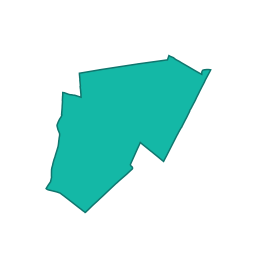 Ciocarlia, Ialomita, Romania, rotated 252°
{"feature_id": "2599482B90086156609266", "entity_name": "Ciocarlia", "entity_type": "district", "adm_level": 2, "iso_a3": "ROU", "parent_name": "Romania", "parent_adm1": "Ialomita", "projection": "natural_earth1", "projection_center": [26.657, 44.793], "detail": "fine", "context": "isolated", "style": "filled", "palette": "teal", "viewbox_px": 256, "rotation_deg": 252, "n_neighbors": 0, "source": "geoboundaries", "source_scale": "gbopen_adm2", "svg_char_len": 3111}
<svg xmlns="http://www.w3.org/2000/svg" viewBox="0 0 256 256"><g transform="rotate(252 128 128)"><path d="M186.0,156.6L186.0,156.4L189.1,137.5L192.2,118.5L192.2,118.3L195.1,98.7L193.7,98.3L192.2,98.0L191.8,97.9L191.3,97.7L190.7,97.7L188.8,97.2L188.4,97.0L186.6,96.6L182.6,95.7L182.5,95.4L182.3,95.3L181.6,95.2L181.0,95.0L179.6,94.8L175.3,93.8L174.7,93.7L173.2,93.2L171.8,92.8L172.7,91.5L175.6,87.5L175.9,86.6L176.3,85.9L176.7,85.2L177.1,84.4L177.4,83.6L178.1,82.3L181.3,78.2L181.9,76.9L180.7,76.5L180.1,76.3L178.5,75.7L178.4,75.6L174.5,74.1L174.0,74.0L173.5,73.9L171.2,73.0L170.0,72.5L169.5,72.3L167.6,71.6L164.2,70.2L162.8,69.6L161.4,69.0L161.2,69.2L160.7,69.1L160.4,68.8L159.8,68.3L159.2,67.7L158.6,67.0L157.5,65.6L155.3,63.5L153.1,61.7L152.6,61.4L152.1,61.2L151.3,61.1L148.2,60.9L147.0,61.0L146.1,61.1L145.5,61.1L144.9,61.2L144.1,61.2L143.4,61.1L142.7,60.9L141.9,60.6L140.6,59.9L139.5,59.3L138.7,59.0L137.6,58.4L135.1,57.3L134.2,56.9L132.2,55.9L130.3,54.6L128.4,53.3L124.9,50.8L123.2,49.7L120.6,47.7L117.2,45.5L115.9,44.8L115.3,44.4L113.7,43.3L112.0,42.4L110.8,42.0L109.7,41.6L106.1,40.4L105.4,40.2L105.0,40.2L103.6,39.4L101.8,38.3L101.0,37.8L100.7,37.6L99.4,35.9L98.5,34.7L97.0,32.9L96.3,32.1L95.7,31.4L95.3,31.6L94.9,31.9L94.5,32.3L94.1,32.7L93.8,33.1L93.4,33.7L92.8,34.7L92.5,35.2L91.9,36.2L91.4,37.0L90.4,38.6L89.6,39.9L88.7,41.2L87.6,42.6L87.1,43.3L86.7,43.6L86.1,44.0L84.1,45.4L83.0,46.2L81.8,47.0L81.3,47.3L80.8,47.7L80.7,47.8L80.2,48.1L72.8,53.1L70.9,54.4L67.9,56.4L65.2,58.3L64.2,58.9L63.0,59.7L62.3,60.3L61.5,60.8L61.0,61.2L60.9,61.2L60.9,61.3L60.9,61.5L61.5,62.6L62.5,64.8L64.8,69.4L65.9,71.7L68.2,76.8L69.3,79.0L71.3,83.4L76.4,94.1L79.0,99.6L79.1,100.0L80.6,103.3L84.1,111.6L84.7,113.0L85.1,113.8L85.6,114.9L85.9,115.5L86.3,116.4L86.6,117.0L87.0,117.9L87.4,118.8L87.5,119.1L87.8,119.5L88.0,119.7L88.3,119.9L88.7,120.0L89.0,120.0L89.4,120.0L89.6,119.9L90.1,119.7L90.6,119.3L90.9,119.2L91.2,119.1L91.6,119.0L92.0,118.9L92.5,119.0L92.8,119.2L105.4,130.6L107.1,132.2L109.7,134.6L110.4,135.2L108.0,136.7L107.1,137.3L99.1,142.5L93.6,146.1L90.5,148.1L86.7,150.5L85.2,151.5L85.9,152.2L86.6,152.9L87.1,153.4L90.0,156.4L95.2,161.6L98.5,164.9L101.7,168.1L103.2,169.6L105.0,171.4L106.1,172.5L106.9,173.4L107.7,174.2L108.6,175.1L109.3,175.9L110.0,176.6L110.8,177.5L111.5,178.2L111.9,178.9L112.4,179.5L112.5,179.6L112.9,179.9L113.9,180.9L118.1,185.1L119.6,186.7L122.4,189.4L123.1,190.1L124.0,191.0L124.3,191.2L125.1,192.0L125.4,192.0L126.0,192.6L126.9,193.7L127.5,194.3L128.1,195.0L128.8,195.6L129.6,196.5L130.8,197.7L131.3,198.2L131.9,198.9L132.3,199.3L132.8,199.8L133.8,200.8L134.8,201.7L135.9,202.7L137.1,203.9L138.1,204.9L139.0,205.8L140.7,207.4L144.1,210.8L148.0,214.8L149.7,216.3L157.3,224.2L157.8,224.6L158.0,224.2L158.8,222.4L159.2,221.2L159.8,218.4L159.8,217.2L159.8,216.9L159.2,216.2L158.7,215.7L157.8,215.2L156.8,214.9L156.4,214.8L156.2,214.7L160.7,210.5L168.0,204.0L174.1,198.5L175.4,197.5L176.1,196.8L177.7,195.2L178.5,194.5L179.8,193.6L180.8,193.0L182.6,190.9L183.3,190.1L184.2,189.3L180.6,186.6L185.2,161.0L185.8,157.7L186.0,156.6Z" fill="#14b8a6" stroke="#0f766e" stroke-width="1.5"/></g></svg>